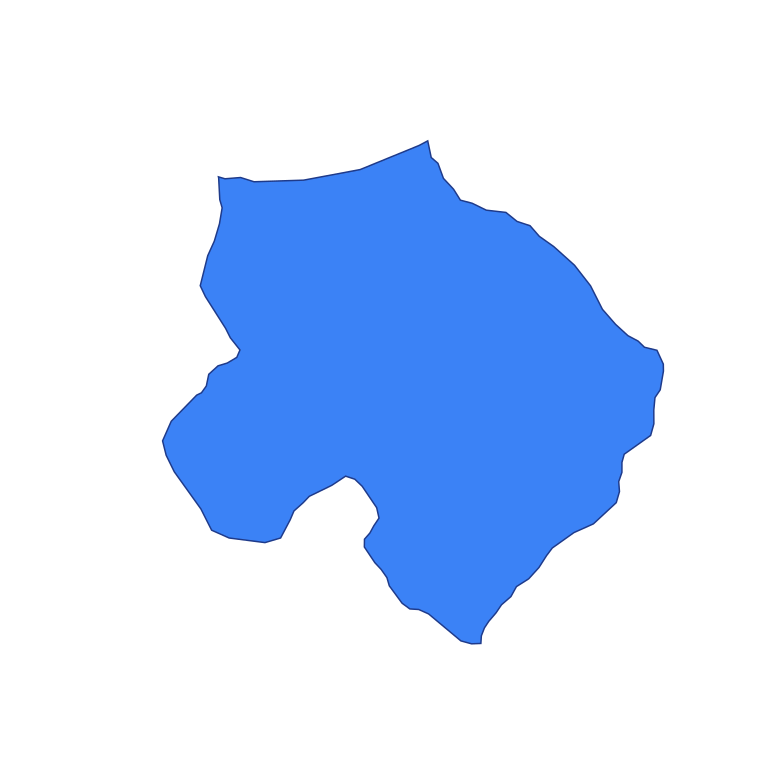 map outline of Rabat - Salé - Zemmour - Zaer (Mercator projection), rotated 37°
{"feature_id": "MAR-1451", "entity_name": "Rabat - Salé - Zemmour - Zaer", "entity_type": "Region", "adm_level": 1, "iso_a3": "MAR", "parent_name": "Morocco", "parent_adm1": "", "projection": "mercator", "projection_center": [-6.34, 33.685], "detail": "fine", "context": "isolated", "style": "filled", "palette": "blue", "viewbox_px": 768, "rotation_deg": 37, "n_neighbors": 0, "source": "natural_earth", "source_scale": "10m", "svg_char_len": 1454}
<svg xmlns="http://www.w3.org/2000/svg" viewBox="0 0 768 768"><g transform="rotate(37 384 384)"><path d="M127.1,318.2L133.5,315.8L145.2,305.4L158.5,300.7L197.1,269.6L235.9,227.1L268.5,172.3L272.6,163.5L285.4,174.7L294.3,175.3L307.7,184.0L322.4,186.6L334.4,191.2L345.6,186.6L361.1,183.6L378.1,173.6L392.4,174.1L405.4,169.7L419.2,172.6L437.0,172.1L464.7,174.5L489.9,181.3L513.5,192.9L533.0,197.0L549.7,198.6L561.1,196.8L569.9,197.9L581.7,192.8L595.1,200.0L599.4,205.5L608.1,222.4L608.6,231.8L615.2,242.5L623.5,253.4L627.9,264.6L618.1,295.5L621.2,303.4L627.2,311.4L630.2,320.7L636.8,328.2L640.9,339.0L635.4,369.7L625.1,388.4L617.1,413.7L617.1,423.2L618.2,437.4L616.8,452.5L611.7,466.1L613.3,477.4L610.7,489.6L611.2,499.4L610.5,510.5L611.0,518.4L613.3,526.5L617.5,532.9L610.3,538.8L600.0,542.9L557.9,540.8L547.4,543.2L540.0,548.1L530.4,548.2L509.7,542.0L502.9,536.9L493.3,533.8L484.2,532.2L466.4,526.0L461.8,519.7L462.4,511.5L461.2,503.3L460.7,494.1L452.6,487.2L428.1,478.8L418.0,477.6L408.8,480.7L403.3,496.3L391.9,518.7L390.9,527.4L388.5,539.6L390.8,548.9L394.1,569.2L384.4,582.3L353.0,600.2L334.3,604.5L313.0,594.0L269.3,580.3L252.9,572.0L241.4,562.7L236.5,541.8L241.1,505.6L243.5,500.9L243.3,492.5L238.2,481.7L240.5,469.4L246.2,461.6L250.4,451.3L248.5,443.5L233.5,439.6L224.0,434.9L188.8,421.7L178.1,416.1L166.0,387.6L162.5,372.0L156.2,355.1L148.7,340.7L141.9,335.6L128.0,319.0L127.1,318.2Z" fill="#3b82f6" stroke="#1e3a8a" stroke-width="1.5"/></g></svg>